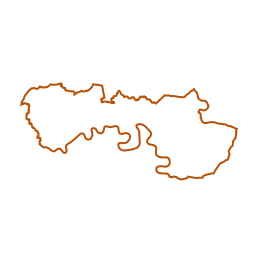 the district of Bang Khla, Chachoengsao, Thailand, rotated 276°
{"feature_id": "78962969B14238280937071", "entity_name": "Bang Khla", "entity_type": "district", "adm_level": 2, "iso_a3": "THA", "parent_name": "Thailand", "parent_adm1": "Chachoengsao", "projection": "natural_earth1", "projection_center": [101.218, 13.751], "detail": "fine", "context": "isolated", "style": "outline", "palette": "amber", "viewbox_px": 256, "rotation_deg": 276, "n_neighbors": 0, "source": "geoboundaries", "source_scale": "gbopen_adm2", "svg_char_len": 5911}
<svg xmlns="http://www.w3.org/2000/svg" viewBox="0 0 256 256"><g transform="rotate(276 128 128)"><path d="M134.7,236.5L136.1,235.8L137.4,235.9L138.5,236.3L138.7,235.0L139.5,233.3L139.9,231.5L140.0,230.7L140.5,230.2L140.6,227.3L141.9,223.9L141.5,222.5L141.8,221.3L141.9,217.3L142.7,213.3L142.4,209.3L142.1,208.4L141.9,207.2L141.2,205.9L140.9,203.3L141.9,201.3L143.5,200.2L145.2,199.9L145.5,199.3L145.7,199.1L147.8,199.3L148.5,198.8L149.8,198.5L150.2,198.1L150.8,196.6L151.2,196.4L153.7,197.4L153.9,199.4L153.9,199.7L153.5,200.1L153.5,201.6L153.7,202.7L154.0,203.2L155.5,204.7L156.5,205.4L157.0,205.5L158.4,205.4L158.6,205.6L161.3,203.9L162.5,203.1L162.7,202.7L163.1,200.7L162.7,199.0L163.7,196.3L165.5,194.3L166.3,194.3L167.1,193.9L168.0,193.8L169.6,193.1L169.8,193.1L170.8,192.3L172.1,190.6L173.6,189.6L173.0,189.0L172.3,188.7L171.1,186.5L168.4,184.6L167.2,182.7L166.0,182.0L164.4,180.5L164.2,175.2L164.5,172.2L164.5,168.2L164.2,167.4L164.7,164.6L164.1,162.9L164.5,161.2L155.2,153.2L155.5,152.5L156.1,152.0L156.2,151.6L156.0,151.1L156.4,150.8L155.7,149.8L155.7,149.3L156.4,148.2L157.0,147.8L157.4,147.9L158.0,147.0L158.4,146.8L158.8,145.9L158.4,145.1L158.4,144.0L158.7,143.8L158.8,143.4L159.1,143.3L159.9,142.9L160.0,142.6L160.6,142.4L160.7,141.4L160.4,140.9L161.1,140.6L160.6,139.6L160.6,138.4L160.2,138.1L160.5,137.1L160.1,137.0L159.7,136.6L158.9,136.4L158.5,135.9L157.3,135.6L157.2,135.3L157.4,134.3L157.1,134.1L156.6,134.2L156.4,132.8L156.6,132.3L158.7,130.9L159.3,129.4L159.2,129.1L158.4,128.6L158.1,128.1L157.7,127.2L157.5,126.1L157.7,125.3L158.9,124.3L159.3,123.5L159.2,122.9L158.5,121.4L158.4,121.0L158.8,120.6L159.8,120.2L160.8,117.7L163.5,116.1L164.0,115.5L164.0,115.2L163.8,114.7L162.4,114.2L161.5,113.4L161.1,113.8L160.3,113.3L159.0,113.2L158.5,112.4L158.1,110.4L157.4,110.2L156.2,110.5L155.9,108.9L155.6,108.5L154.8,108.3L152.6,109.2L152.2,111.4L151.7,111.6L151.3,110.9L151.2,109.0L151.9,105.6L151.5,104.6L152.2,104.1L151.8,101.7L150.8,99.6L150.9,99.2L152.3,99.1L153.6,98.2L154.0,99.6L155.0,99.5L155.6,101.4L167.4,97.8L167.5,95.6L167.9,94.0L167.7,93.8L167.8,88.7L165.0,87.9L161.9,85.3L160.5,83.7L160.9,83.1L159.7,80.6L159.8,78.3L160.1,77.7L159.1,76.6L158.5,74.9L157.9,73.9L157.9,73.3L157.2,73.0L155.7,71.3L157.5,71.1L158.7,70.1L158.4,65.4L159.0,63.2L158.7,62.5L159.8,61.3L161.0,61.4L161.2,61.2L161.3,60.7L161.0,59.7L161.7,58.8L162.6,56.8L163.2,56.7L163.7,57.7L164.2,57.8L165.2,57.0L165.2,56.4L165.0,55.2L164.0,53.6L163.6,51.8L163.2,49.9L163.2,46.2L161.4,44.8L160.1,42.9L159.4,39.4L159.5,38.3L159.8,38.0L159.4,37.5L160.0,36.5L160.0,35.8L158.1,34.8L157.8,34.4L157.3,32.3L157.9,31.1L158.1,30.1L157.6,29.5L157.3,28.6L157.5,28.2L157.3,27.8L154.1,25.0L151.9,23.7L150.1,22.5L148.1,21.7L145.6,21.1L143.1,19.6L141.6,19.7L140.1,19.5L141.1,21.5L141.8,21.7L142.0,22.1L141.6,23.1L141.8,24.3L141.1,25.1L141.0,25.9L141.4,26.6L141.3,26.8L139.8,27.5L139.7,27.3L139.2,27.0L138.0,27.6L135.5,27.1L135.1,27.7L134.6,27.4L134.2,27.6L133.8,27.3L133.2,27.7L132.2,27.1L132.1,26.3L131.8,25.9L131.1,26.5L130.0,25.8L129.4,25.7L126.6,26.0L125.9,27.3L125.9,27.6L126.5,28.3L126.4,28.7L125.4,29.2L125.0,29.0L124.7,29.2L123.0,29.1L122.2,29.3L121.8,30.3L122.5,31.0L122.3,31.5L120.3,32.0L119.9,32.6L119.5,32.8L118.5,32.8L118.2,33.3L118.1,34.7L117.3,35.5L115.9,36.3L115.2,38.4L114.2,38.4L113.8,38.6L113.6,38.8L113.5,39.4L113.2,39.7L111.4,39.7L110.3,38.9L109.6,39.3L108.7,39.0L108.7,39.4L109.3,40.4L108.8,40.8L109.0,41.2L108.8,41.8L108.1,42.2L107.2,42.1L106.5,42.4L105.6,41.3L104.8,41.8L103.6,41.6L103.2,42.0L102.6,41.9L102.4,42.6L101.6,43.0L101.4,43.7L99.8,46.2L100.3,47.4L100.0,49.8L99.5,51.3L97.3,54.9L97.0,55.9L97.1,57.0L97.5,57.8L99.4,59.7L99.9,60.6L100.2,62.3L100.1,63.0L99.8,63.5L97.5,65.6L96.8,66.5L96.6,67.3L96.7,68.2L97.5,69.0L98.7,69.3L99.9,69.2L102.5,68.3L103.8,68.3L104.4,68.4L105.1,69.0L107.3,71.9L111.4,76.1L117.2,81.2L117.6,81.8L117.8,82.6L117.6,84.2L116.7,85.2L114.1,86.4L113.1,87.3L112.6,88.2L112.4,89.0L112.5,90.1L112.8,91.1L113.2,91.9L113.8,92.3L116.8,93.2L118.9,93.1L121.8,92.0L122.9,91.9L123.7,92.4L124.2,93.2L124.3,93.8L124.0,95.4L123.0,96.6L121.1,97.9L120.4,98.6L119.7,100.2L119.8,101.4L120.4,102.7L121.3,103.6L122.0,103.9L125.5,104.3L126.4,104.6L127.1,105.1L127.4,106.1L127.0,110.2L127.4,111.7L128.5,114.8L128.5,116.6L128.1,117.7L127.4,118.2L123.0,119.4L121.8,120.2L121.5,120.9L121.4,122.2L122.7,126.4L122.7,127.0L122.3,129.0L121.9,129.7L120.9,130.6L119.5,131.1L117.4,130.8L115.4,129.9L113.6,128.3L113.0,127.4L112.6,126.4L112.4,121.9L112.2,121.1L111.6,120.4L110.9,120.2L109.9,120.2L108.7,120.5L107.4,121.3L106.2,122.4L105.4,124.1L105.2,126.4L105.6,128.7L107.1,134.3L107.9,136.2L109.0,138.5L109.7,139.4L111.1,140.4L112.5,141.1L113.5,141.3L116.9,140.9L119.1,140.4L124.5,139.7L125.8,139.3L127.1,138.8L129.9,136.5L130.9,136.1L131.5,136.2L132.2,136.7L132.9,138.5L133.1,140.2L132.8,142.2L132.3,143.5L130.7,145.9L127.5,149.7L126.1,151.1L124.7,151.6L123.7,151.6L122.1,151.1L118.4,148.6L117.4,148.4L116.0,148.6L115.0,149.3L114.3,150.3L114.0,151.4L113.5,155.6L112.7,157.2L112.2,157.7L111.0,158.2L106.2,158.4L104.4,158.9L103.9,159.4L102.9,160.8L102.4,162.6L102.3,164.8L102.8,168.9L102.7,170.3L102.1,171.5L100.5,172.6L98.4,173.1L96.3,173.0L95.6,172.7L94.6,171.9L94.0,170.9L93.5,169.6L93.4,163.8L92.7,162.0L91.9,160.9L90.9,160.4L89.2,160.5L88.1,161.1L86.8,162.5L86.5,163.7L86.4,166.7L86.7,170.5L86.6,172.0L86.1,172.9L85.4,173.7L84.0,174.3L84.1,175.2L83.5,175.9L83.8,176.7L83.7,177.5L84.5,178.4L84.6,179.2L84.2,180.4L84.4,181.1L83.3,182.4L83.0,184.0L82.4,185.6L82.7,187.6L84.2,191.5L84.6,192.2L86.0,192.8L85.7,194.9L85.4,200.7L86.4,207.4L87.8,207.6L89.4,210.0L91.6,216.3L91.8,217.8L92.0,218.2L93.4,218.5L94.4,219.0L99.3,221.6L102.6,223.6L104.4,226.9L106.2,228.6L106.7,230.3L108.0,231.0L110.2,231.2L112.4,231.8L114.6,230.8L115.5,230.7L118.5,231.7L119.9,232.5L120.6,233.3L121.5,233.9L125.5,233.9L127.6,234.9L128.2,235.4L129.4,235.8L132.3,236.2L133.9,236.0L134.7,236.5Z" fill="none" stroke="#b45309" stroke-width="2"/></g></svg>